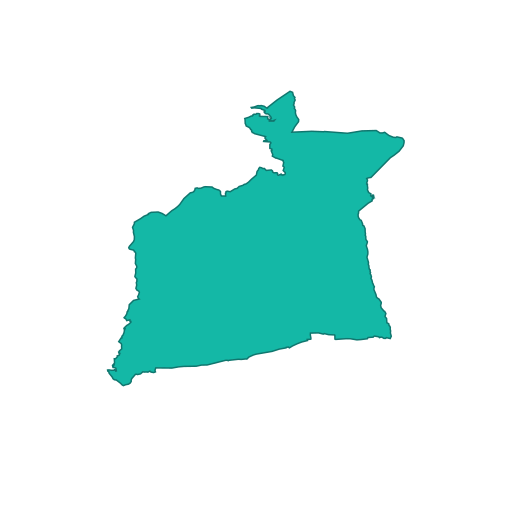 Hurezani, Gorj, Romania (Robinson projection), rotated 333°
{"feature_id": "2599482B54344655649638", "entity_name": "Hurezani", "entity_type": "district", "adm_level": 2, "iso_a3": "ROU", "parent_name": "Romania", "parent_adm1": "Gorj", "projection": "robinson", "projection_center": [23.638, 44.803], "detail": "fine", "context": "isolated", "style": "filled", "palette": "teal", "viewbox_px": 512, "rotation_deg": 333, "n_neighbors": 0, "source": "geoboundaries", "source_scale": "gbopen_adm2", "svg_char_len": 6114}
<svg xmlns="http://www.w3.org/2000/svg" viewBox="0 0 512 512"><g transform="rotate(333 256 256)"><path d="M338.1,390.5L340.1,388.9L340.8,385.6L341.9,383.9L342.4,382.0L343.2,380.7L343.4,379.4L343.0,378.5L343.5,376.6L342.3,374.9L344.0,370.9L343.5,368.9L343.6,368.3L345.6,366.2L345.5,363.7L345.0,363.2L344.0,358.9L344.7,356.4L345.8,355.4L346.6,354.1L346.0,350.0L345.1,348.7L344.7,347.2L345.4,344.8L345.8,339.5L346.6,338.0L347.5,337.2L347.4,335.3L347.7,334.3L347.5,333.2L348.1,331.3L348.4,329.4L348.2,328.2L349.4,327.0L349.8,324.8L349.6,323.6L350.6,322.6L350.5,321.8L351.4,320.2L351.0,319.5L351.3,317.9L352.2,315.8L352.2,314.6L353.3,312.8L354.3,307.4L356.5,305.1L357.6,303.0L358.3,300.8L358.9,296.9L361.3,294.5L361.8,293.7L361.4,291.1L362.8,288.2L362.7,287.1L363.6,286.0L364.2,284.1L365.6,281.2L365.8,278.1L365.0,277.2L365.6,275.6L365.9,272.0L365.1,271.0L364.8,268.8L365.0,267.1L365.9,265.2L366.8,264.4L367.8,262.6L379.9,259.9L384.5,259.6L385.1,258.2L386.6,258.2L386.3,257.0L386.6,256.9L387.4,257.3L387.1,256.5L388.0,256.4L388.3,255.1L387.8,254.7L386.3,255.6L385.5,254.4L386.2,253.8L386.6,252.6L385.8,251.7L385.1,250.2L385.4,249.5L385.2,248.6L385.4,247.5L386.4,246.2L387.2,243.8L387.8,242.8L387.3,242.4L387.3,242.0L387.9,241.6L388.1,240.7L389.4,239.7L389.8,238.9L389.8,237.2L391.7,237.4L394.1,238.2L420.4,229.4L424.7,228.9L431.1,227.6L437.2,224.7L439.3,222.3L440.3,220.5L440.0,217.8L439.7,217.2L435.6,213.8L434.4,213.9L432.3,212.6L429.1,208.9L426.8,204.2L424.6,203.8L422.3,202.6L420.1,198.8L407.1,192.6L393.3,188.2L373.4,176.1L372.8,176.1L362.3,170.2L344.2,162.0L349.1,158.5L354.9,155.6L356.0,153.8L355.5,150.6L355.6,148.4L356.1,146.3L357.3,144.4L357.4,143.2L357.1,141.9L358.1,140.8L357.9,138.5L359.0,137.7L359.6,136.4L361.7,134.8L361.8,133.2L362.2,132.5L362.7,132.3L362.1,130.2L362.9,126.8L361.1,124.7L345.4,126.6L333.4,129.0L334.0,129.7L332.6,128.9L331.3,126.3L328.8,124.2L327.5,124.0L327.0,123.4L325.6,122.8L322.0,122.4L319.2,121.5L319.3,122.3L321.7,123.2L327.3,126.7L327.7,127.3L327.5,127.7L330.0,130.3L329.7,131.1L329.2,130.8L328.6,131.4L329.0,132.6L328.9,133.1L329.8,134.1L330.7,134.4L331.8,135.8L332.2,138.0L331.7,138.4L332.2,138.6L332.5,139.3L332.0,139.9L332.1,140.3L331.0,140.4L330.7,142.2L332.0,143.1L334.2,143.4L333.1,143.9L329.1,141.9L329.7,140.2L328.6,139.1L329.1,138.4L329.2,137.8L329.8,137.1L322.9,133.4L322.6,132.7L323.4,132.2L323.8,131.1L323.0,130.3L321.4,129.4L320.2,129.7L318.5,128.7L317.2,128.9L317.1,129.4L316.2,129.6L315.4,129.1L312.5,129.1L308.4,128.4L308.2,129.4L306.5,133.2L306.6,133.9L306.3,135.7L308.1,138.1L308.8,139.8L308.6,140.8L309.0,141.2L309.2,142.0L308.7,143.0L308.8,144.4L309.3,144.6L310.2,146.3L318.8,154.0L317.5,154.9L318.2,157.8L315.3,156.9L314.8,157.4L320.3,160.8L320.7,161.6L320.5,162.1L319.0,162.9L317.2,166.4L317.3,166.7L318.6,167.8L318.1,169.2L317.3,169.2L317.0,173.2L315.9,174.4L318.1,177.8L318.5,177.9L323.6,183.3L323.1,184.1L323.2,185.2L320.8,188.1L321.2,188.8L321.4,189.9L319.0,192.2L319.9,194.9L319.4,196.0L318.6,196.5L317.1,196.1L316.6,196.3L316.4,195.7L315.3,195.2L315.5,194.4L312.7,194.3L312.3,194.0L312.1,193.2L312.7,192.5L312.6,191.5L311.7,190.9L309.8,190.1L309.0,188.8L309.3,187.6L308.7,186.3L304.0,184.4L303.2,181.8L301.8,181.2L301.1,180.0L299.6,178.7L298.2,179.3L297.1,180.4L295.4,181.1L293.0,184.1L286.9,185.5L282.9,186.8L280.3,187.2L278.9,187.2L278.2,186.8L276.5,187.1L272.5,186.4L269.9,187.2L267.5,186.6L262.2,187.0L259.9,185.2L258.8,185.0L258.4,185.1L257.9,186.1L257.3,186.2L256.2,188.8L252.4,186.8L252.5,184.7L253.6,182.5L253.4,181.5L252.8,180.3L251.2,178.9L249.0,176.4L248.2,174.6L242.4,171.3L240.9,170.8L237.8,170.6L235.3,169.6L234.5,168.6L232.5,168.1L231.5,169.4L229.8,170.4L228.5,170.5L226.1,169.9L217.9,172.1L211.4,175.5L208.5,176.4L205.1,177.1L201.6,177.4L194.0,179.3L191.7,175.5L188.8,172.4L182.4,169.5L179.3,169.4L179.1,170.1L174.2,169.7L170.4,170.3L163.0,170.7L162.1,172.2L159.0,174.4L158.5,177.6L157.5,179.3L156.5,183.5L154.9,186.3L153.3,187.6L147.6,189.9L146.4,190.8L146.3,191.9L146.7,192.7L149.6,195.2L149.8,195.7L149.6,197.0L150.2,197.7L150.1,199.0L147.6,203.0L147.2,204.5L145.1,207.9L145.1,210.9L144.7,211.9L143.8,212.7L142.8,213.0L141.1,216.6L138.8,219.2L138.8,220.1L139.5,222.6L138.9,223.3L138.5,224.4L137.3,225.3L136.5,227.8L134.3,230.3L134.4,232.3L135.6,234.1L135.6,235.4L133.8,237.3L132.1,238.5L132.0,240.1L132.4,241.3L126.7,240.0L121.0,241.8L118.8,245.2L117.0,246.5L116.6,247.2L115.9,247.2L114.5,249.0L112.1,250.5L110.5,251.0L110.5,251.4L111.5,253.1L111.5,254.9L114.6,255.6L114.1,256.9L114.8,257.4L114.5,258.2L111.4,259.1L109.3,259.2L105.8,260.3L105.3,260.8L106.3,261.4L104.8,262.7L103.9,264.1L102.4,265.4L101.4,266.2L100.1,266.6L99.3,268.1L98.6,267.8L94.8,270.0L96.2,272.9L95.8,274.6L95.3,275.2L94.2,277.8L91.1,278.6L90.9,279.1L90.0,279.2L89.9,280.0L90.5,280.8L89.7,281.0L89.6,282.0L89.0,282.3L87.0,282.0L86.7,282.9L84.1,283.8L83.1,283.2L81.7,286.5L80.4,288.3L79.7,288.8L79.8,287.8L78.5,288.3L78.0,290.4L79.6,291.5L80.2,292.4L79.4,295.0L78.7,294.8L78.9,293.6L78.3,293.0L77.5,293.3L76.9,293.0L75.3,292.2L73.4,290.8L72.0,290.2L71.9,290.5L71.7,291.4L72.3,292.3L71.9,293.8L72.9,298.4L72.9,300.5L73.6,301.9L75.3,303.2L77.5,307.8L78.2,310.1L79.0,311.3L81.3,311.5L84.2,312.3L86.2,312.1L87.8,311.2L88.4,310.0L89.5,308.9L94.9,306.7L95.9,307.1L96.5,307.8L99.6,308.6L102.7,307.8L103.4,308.5L106.4,309.9L106.9,310.4L109.2,310.4L109.7,311.7L111.9,313.4L113.8,313.6L114.1,311.9L115.9,310.2L130.3,317.7L136.6,319.6L141.8,321.7L152.8,327.1L157.8,328.4L163.0,330.9L181.4,335.1L183.0,335.8L183.7,336.7L184.4,336.6L193.4,340.0L196.0,341.5L200.0,343.0L201.1,343.7L203.9,342.8L208.7,343.0L211.5,343.5L227.0,348.3L234.4,349.5L241.1,351.5L241.4,351.1L243.5,351.8L244.0,353.0L247.8,352.7L252.9,352.9L257.7,353.4L263.5,354.7L263.7,353.6L267.0,355.0L267.6,354.2L268.6,350.9L269.5,349.4L276.8,352.9L280.1,355.8L280.9,356.3L281.6,356.1L284.9,359.0L290.2,362.0L290.2,362.6L288.6,365.9L289.1,366.5L298.8,370.6L302.4,372.5L307.8,376.5L311.6,378.1L317.7,380.3L318.8,379.5L323.6,381.5L324.5,381.1L325.3,381.2L328.7,383.7L328.9,384.8L330.6,385.0L331.4,385.6L332.6,387.5L334.2,388.3L335.1,387.9L338.1,390.5Z" fill="#14b8a6" stroke="#0f766e" stroke-width="1.5"/></g></svg>